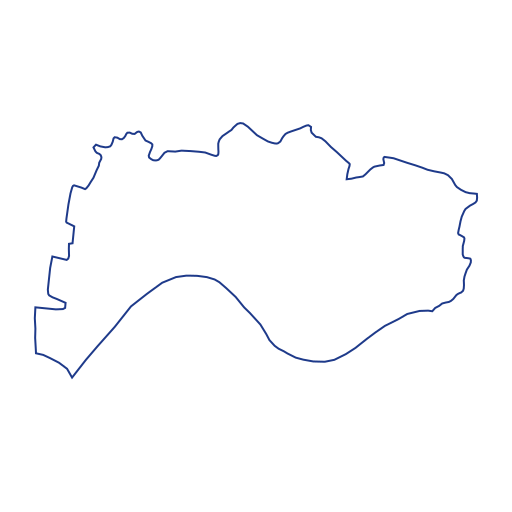 Quang Ngai, Quảng Ngãi, Vietnam (Robinson projection), rotated 184°
{"feature_id": "81297802B1045120286230", "entity_name": "Quang Ngai", "entity_type": "district", "adm_level": 2, "iso_a3": "VNM", "parent_name": "Vietnam", "parent_adm1": "Quảng Ngãi", "projection": "robinson", "projection_center": [108.808, 15.12], "detail": "fine", "context": "isolated", "style": "outline", "palette": "blue", "viewbox_px": 512, "rotation_deg": 184, "n_neighbors": 0, "source": "geoboundaries", "source_scale": "gbopen_adm2", "svg_char_len": 3658}
<svg xmlns="http://www.w3.org/2000/svg" viewBox="0 0 512 512"><g transform="rotate(184 256 256)"><path d="M76.3,213.2L73.6,216.7L69.7,219.1L67.0,221.6L63.5,222.8L60.4,223.6L58.4,224.8L56.2,226.9L54.9,228.8L53.4,231.0L52.0,232.2L50.3,233.2L48.8,233.9L47.0,235.8L46.5,238.0L46.5,241.4L46.7,243.4L47.0,246.1L46.6,250.0L45.8,253.2L44.7,257.1L42.4,261.2L41.3,264.5L41.3,266.5L41.7,267.8L42.1,268.3L43.3,268.5L45.7,268.7L47.5,268.7L48.5,269.2L49.3,270.5L49.9,272.0L50.1,275.1L50.3,277.9L50.3,278.7L50.4,280.3L49.4,285.6L49.3,288.0L49.8,289.1L51.5,290.0L53.6,291.0L55.3,291.6L56.0,293.0L55.6,296.4L55.1,299.3L54.4,305.0L53.5,309.6L51.4,315.4L50.2,317.6L46.0,321.2L43.1,323.0L40.8,324.7L39.6,326.6L39.5,329.6L40.0,333.4L42.5,333.5L47.5,333.6L48.4,333.8L51.3,334.3L56.1,336.3L60.4,338.8L62.2,340.7L66.0,346.5L70.1,350.0L74.0,351.6L77.3,352.1L84.1,352.9L90.9,354.0L96.3,355.7L103.5,357.6L111.7,359.5L119.4,361.5L125.5,363.1L128.9,363.4L134.7,363.8L135.4,363.2L135.6,362.6L135.7,361.4L135.3,360.0L134.6,357.7L135.1,355.7L138.9,354.9L144.1,353.4L145.4,352.6L148.0,350.3L152.5,345.1L154.9,342.8L158.6,341.9L161.5,341.3L166.1,339.8L170.9,338.9L170.6,344.0L169.8,349.2L169.0,352.3L168.9,354.2L169.5,354.9L170.7,355.8L172.7,357.2L182.5,365.2L188.9,370.0L194.8,375.3L198.8,378.0L201.5,378.8L204.6,379.1L209.1,382.9L210.1,385.5L210.1,388.6L212.8,390.1L213.0,390.1L214.9,389.6L217.9,388.1L220.8,386.4L229.7,382.7L233.0,381.2L235.1,379.8L236.9,377.4L238.1,375.4L239.7,371.9L241.8,370.1L242.0,370.0L243.1,369.6L245.1,369.6L248.2,370.1L252.1,371.1L257.4,373.6L263.5,376.6L273.1,384.4L278.1,387.3L281.0,387.5L283.7,386.5L285.8,384.4L287.5,382.6L289.3,380.0L292.2,377.8L292.5,377.5L297.8,373.3L299.3,371.3L300.4,369.8L301.1,367.6L301.5,365.5L301.3,362.9L301.0,359.6L300.7,357.4L300.7,355.1L301.2,353.9L302.7,353.0L304.2,353.1L307.6,353.9L313.9,355.7L319.9,356.0L328.4,356.1L337.7,355.9L343.9,354.5L345.8,354.5L351.2,354.4L351.5,354.4L354.5,352.6L356.9,349.1L358.6,346.7L359.9,345.2L361.7,344.5L363.1,344.3L365.3,344.4L367.3,345.3L369.5,346.8L370.0,348.6L369.0,352.3L367.9,355.2L367.1,358.3L367.2,360.1L368.5,361.2L371.3,362.4L374.3,363.5L377.8,368.0L379.6,371.2L381.5,372.0L383.1,371.5L384.3,370.5L385.6,369.3L388.0,369.3L390.6,370.3L392.9,370.0L393.9,368.7L394.8,366.5L396.2,364.4L397.9,363.1L400.0,363.1L402.6,364.4L405.3,364.6L406.3,363.4L406.9,360.0L408.0,356.8L409.1,355.2L411.4,354.3L413.9,353.9L419.0,354.5L423.4,355.9L423.5,355.8L425.7,353.0L423.5,349.2L422.0,347.8L419.4,346.9L417.9,345.7L417.1,343.8L417.2,342.0L418.0,340.2L418.9,338.1L419.1,335.1L421.0,330.4L423.6,322.7L426.0,318.4L427.9,314.7L430.0,311.7L431.2,310.8L435.1,312.1L442.4,313.8L443.4,313.2L444.1,311.8L444.7,309.0L445.4,305.6L446.7,294.5L447.7,280.3L447.8,277.0L447.2,276.1L439.4,272.9L439.9,255.9L443.4,255.1L443.2,250.1L442.5,243.0L443.1,240.3L444.6,238.9L459.1,241.3L460.5,229.8L461.1,213.6L461.3,207.9L460.6,203.7L459.6,202.3L456.1,200.6L451.6,199.2L442.7,196.0L442.8,190.9L444.9,189.6L451.9,188.8L472.5,189.4L472.3,178.5L471.0,168.1L470.6,158.9L469.1,147.1L468.7,143.6L461.4,142.5L454.4,139.8L445.1,135.8L436.6,130.3L431.0,121.9L418.4,140.6L407.8,154.9L392.0,175.4L377.2,197.0L362.4,210.4L359.7,212.7L347.7,222.8L334.3,229.4L324.3,231.5L319.9,231.8L313.2,232.1L303.5,231.5L295.6,229.7L290.7,227.3L283.5,221.9L273.4,213.7L264.9,204.6L264.0,203.7L258.1,198.7L246.8,187.9L240.3,178.8L236.7,173.0L231.1,167.7L227.0,165.1L221.6,162.9L217.9,161.0L209.3,157.4L201.6,155.9L191.5,154.8L180.0,155.3L170.6,157.9L159.5,164.4L150.3,171.3L146.3,175.0L139.5,181.2L131.5,188.1L124.5,193.7L122.5,195.3L109.3,203.1L101.1,208.7L89.0,212.6L80.4,213.5L76.3,213.2Z" fill="none" stroke="#1e3a8a" stroke-width="2"/></g></svg>